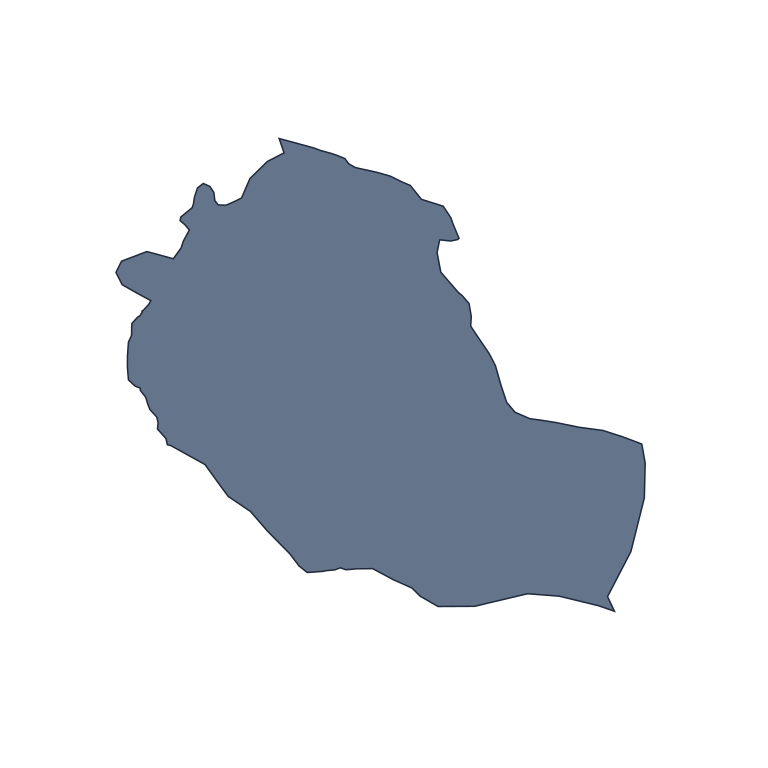 Ibaji, Kogi, Nigeria (orthographic projection), rotated 288°
{"feature_id": "59680162B39308677673484", "entity_name": "Ibaji", "entity_type": "district", "adm_level": 2, "iso_a3": "NGA", "parent_name": "Nigeria", "parent_adm1": "Kogi", "projection": "orthographic", "projection_center": [6.796, 6.809], "detail": "fine", "context": "isolated", "style": "filled", "palette": "slate", "viewbox_px": 768, "rotation_deg": 288, "n_neighbors": 0, "source": "geoboundaries", "source_scale": "gbopen_adm2", "svg_char_len": 1861}
<svg xmlns="http://www.w3.org/2000/svg" viewBox="0 0 768 768"><g transform="rotate(288 384 384)"><path d="M259.3,196.7L259.5,200.4L252.1,238.6L239.4,256.0L228.9,270.6L221.5,296.4L208.1,318.6L200.7,332.8L193.4,346.9L185.0,359.0L184.8,359.2L181.0,369.2L184.4,377.7L186.9,383.7L188.8,387.1L191.9,394.5L195.7,399.3L195.6,402.1L195.6,405.3L199.9,415.5L202.4,422.9L204.9,430.3L200.7,453.5L198.6,473.6L193.3,484.1L189.1,504.2L200.6,539.0L208.6,552.0L227.1,582.4L228.9,585.5L236.3,616.0L239.4,656.2L239.1,673.4L250.9,662.3L300.9,670.6L356.2,666.8L389.6,656.8L406.5,647.8L407.1,637.2L407.5,627.2L407.5,606.6L403.1,582.6L400.8,562.2L400.6,560.0L398.1,544.4L396.1,533.4L397.6,517.4L404.5,506.3L419.5,495.3L435.9,484.3L445.4,474.7L457.8,458.7L465.8,448.6L466.9,448.3L475.3,446.1L486.7,440.1L492.2,431.1L494.2,426.1L498.4,419.2L507.9,403.5L525.3,393.9L538.3,392.4L540.6,403.3L544.2,409.5L545.8,410.3L551.8,405.1L552.1,404.9L554.4,402.9L555.7,401.7L555.8,401.7L557.5,400.2L562.7,396.3L571.4,385.4L571.2,362.5L581.0,347.6L581.7,338.9L583.6,326.0L583.2,312.7L581.0,290.0L582.5,282.4L586.3,277.2L586.9,268.7L587.0,262.7L586.5,251.4L586.8,244.4L585.1,208.4L572.9,217.5L559.6,204.3L538.0,193.0L516.9,191.0L512.2,186.3L505.3,178.6L503.1,171.0L506.1,166.5L513.6,163.0L518.1,157.4L518.9,150.2L512.8,146.0L503.1,146.0L497.5,146.9L496.3,147.1L492.5,147.1L480.1,139.2L476.3,139.6L474.1,145.2L470.3,151.3L457.9,149.0L450.8,149.0L438.0,144.9L436.7,117.5L419.7,96.4L407.3,94.6L397.5,104.3L394.2,120.4L391.2,136.5L387.2,135.7L379.7,132.3L378.5,131.3L376.7,131.8L375.4,131.2L373.4,130.8L371.6,129.1L363.7,125.5L358.4,127.0L352.1,128.9L344.9,128.0L331.2,131.4L320.6,134.8L308.9,139.7L305.1,147.9L304.7,153.5L302.6,154.2L297.8,161.4L291.8,165.6L287.4,169.2L282.4,178.0L277.4,181.1L271.1,182.5L268.2,187.6L264.7,193.5L259.3,196.7Z" fill="#64748b" stroke="#1e293b" stroke-width="1.5"/></g></svg>